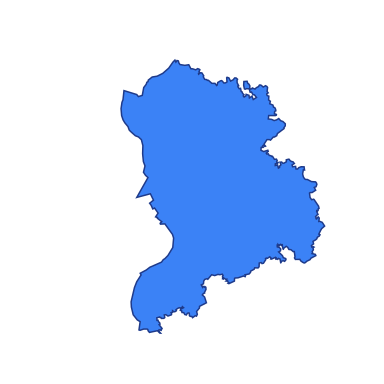 outline of Rajshahi, Rajshahi, Bangladesh, rotated 56°
{"feature_id": "16705992B51815672792645", "entity_name": "Rajshahi", "entity_type": "district", "adm_level": 2, "iso_a3": "BGD", "parent_name": "Bangladesh", "parent_adm1": "Rajshahi", "projection": "mercator", "projection_center": [88.705, 24.415], "detail": "fine", "context": "isolated", "style": "filled", "palette": "blue", "viewbox_px": 384, "rotation_deg": 56, "n_neighbors": 0, "source": "geoboundaries", "source_scale": "gbopen_adm2", "svg_char_len": 5990}
<svg xmlns="http://www.w3.org/2000/svg" viewBox="0 0 384 384"><g transform="rotate(56 192 192)"><path d="M276.7,313.1L277.6,312.4L278.6,308.7L280.5,305.9L281.2,305.5L282.5,306.0L284.6,305.8L287.7,298.2L290.9,297.6L291.4,297.0L288.2,297.3L287.8,296.3L289.4,294.9L288.5,294.3L288.7,293.5L288.4,293.1L283.6,293.5L283.7,292.4L282.1,291.9L280.9,292.3L279.2,291.9L278.8,292.8L276.6,291.5L277.5,288.7L278.2,288.7L278.6,288.0L279.7,288.1L281.0,286.0L280.9,284.8L278.4,283.7L279.1,282.2L281.4,281.3L282.3,277.8L281.7,277.0L280.3,276.8L280.8,275.3L279.6,274.5L281.3,273.9L281.8,272.6L281.7,271.3L280.6,271.1L280.5,269.0L280.8,267.2L281.5,266.8L282.2,264.7L281.7,264.1L283.2,263.7L282.8,266.9L283.6,267.9L284.6,267.0L286.3,267.7L287.4,266.3L289.5,266.5L290.8,265.4L290.0,263.8L290.2,262.7L290.9,262.0L293.1,263.3L294.0,263.1L295.2,261.7L296.5,261.8L296.4,258.5L297.4,257.7L296.4,256.0L293.6,255.0L292.4,250.8L291.0,249.7L291.9,242.0L286.1,240.3L283.1,241.0L282.6,239.6L282.8,238.0L282.3,237.9L280.6,234.9L278.7,233.8L277.6,234.2L277.9,234.9L276.4,235.6L276.9,236.5L274.2,236.3L274.5,233.8L272.3,232.0L271.6,230.3L272.3,228.0L273.2,227.7L271.6,222.0L274.0,219.9L274.8,216.6L276.2,215.1L277.1,212.8L278.6,212.9L278.9,213.8L279.7,214.3L280.2,214.0L281.0,215.2L281.7,214.7L281.0,213.8L283.4,212.8L283.7,212.0L284.5,212.8L284.8,212.5L284.9,213.5L285.9,212.3L287.3,212.5L288.0,212.0L287.9,213.1L288.6,212.7L289.6,206.7L287.4,205.0L287.4,204.4L288.9,201.8L290.5,196.2L291.9,195.3L291.1,194.2L290.3,194.2L291.9,190.5L291.4,188.5L290.4,187.5L290.8,183.7L289.9,182.4L291.9,179.7L291.5,178.2L288.5,176.0L289.2,174.1L290.5,174.0L291.0,172.6L289.3,168.6L288.3,168.3L288.3,167.4L289.2,166.5L289.2,163.8L291.0,163.4L291.5,164.2L292.1,163.6L292.9,159.2L293.7,159.0L294.3,160.0L294.7,160.0L295.1,158.8L295.7,158.6L295.4,157.5L296.8,156.5L300.2,158.0L300.3,157.6L299.3,156.8L300.1,154.7L301.3,154.0L300.7,152.0L299.6,151.5L297.5,153.0L295.3,152.6L290.1,153.7L290.3,151.6L288.9,150.3L286.8,150.6L285.2,152.0L283.7,151.1L284.2,150.5L283.5,150.0L284.6,149.8L284.7,149.3L285.3,149.9L284.8,148.0L285.4,147.7L286.4,146.1L286.3,147.7L287.2,147.3L290.2,148.4L290.5,148.2L290.0,147.7L289.7,144.3L291.4,143.6L293.8,143.8L295.2,142.2L298.1,141.4L298.6,140.5L303.4,142.9L303.9,143.9L305.7,144.0L308.2,140.2L309.8,140.4L312.1,139.6L313.6,138.7L313.9,137.6L313.6,135.4L314.1,132.1L313.4,130.3L314.0,124.9L312.7,124.6L310.2,126.9L309.9,126.0L308.6,125.7L307.8,123.7L305.9,122.9L305.9,121.7L305.1,122.1L304.6,123.5L303.2,123.0L303.0,120.2L300.6,119.3L300.8,116.3L300.6,114.7L299.6,113.4L299.7,111.1L299.0,109.8L297.8,110.4L295.7,106.7L294.9,105.0L294.4,101.1L290.0,101.0L287.6,102.6L287.3,103.3L284.8,101.1L283.2,101.3L284.0,103.8L283.5,104.1L282.8,103.5L281.6,103.4L281.0,101.3L281.1,100.1L277.7,99.5L277.2,99.0L278.0,98.5L277.6,97.5L276.6,97.0L276.6,95.8L274.5,95.0L266.6,95.0L266.0,95.2L265.3,97.1L262.6,97.2L258.6,95.2L258.5,94.5L259.6,92.7L259.7,88.5L256.6,88.1L257.0,86.2L255.5,84.2L254.1,83.8L252.7,83.9L250.1,87.2L246.2,89.3L245.1,90.8L244.0,91.3L241.7,91.2L238.9,90.2L235.9,87.3L236.7,86.4L233.8,85.0L232.1,87.4L231.5,89.8L232.0,91.6L231.1,92.9L228.7,91.8L227.3,94.5L226.7,94.3L225.5,93.9L225.6,91.2L223.4,91.4L222.4,92.4L220.7,93.2L219.3,93.1L218.8,93.6L218.0,95.8L219.7,96.9L219.5,99.7L218.8,100.7L217.3,100.9L216.5,102.4L219.2,103.1L219.5,104.9L220.6,105.7L220.5,107.0L217.6,106.0L216.6,108.2L215.2,107.1L216.2,105.3L215.7,104.2L215.1,105.2L214.2,104.9L213.6,103.8L212.0,103.6L211.0,105.4L207.4,105.3L207.1,106.1L206.1,106.2L204.9,107.5L203.0,107.4L202.5,108.7L201.3,108.7L201.0,106.1L199.8,105.8L198.6,109.9L196.0,111.5L193.8,109.8L194.7,108.2L193.7,108.3L193.2,107.3L195.0,106.0L195.1,105.4L192.7,105.7L190.5,100.5L191.9,98.5L192.9,97.9L191.9,93.9L192.5,93.0L192.7,90.3L191.3,88.5L190.9,80.2L190.2,80.0L189.3,77.7L187.6,76.5L184.4,77.2L182.5,78.6L179.6,79.0L179.5,81.6L178.7,84.0L176.4,85.3L174.1,87.9L171.5,85.7L175.3,80.1L175.5,79.3L175.2,78.8L174.8,78.7L173.2,79.9L171.4,78.4L171.6,77.1L170.1,76.4L168.3,76.2L167.3,77.0L165.2,76.3L162.3,78.2L160.6,76.3L158.5,77.0L155.5,74.7L154.1,75.7L152.8,75.4L152.4,75.1L152.4,73.4L150.6,73.5L147.6,70.9L146.4,70.9L145.0,71.6L144.8,74.3L142.3,74.9L141.2,75.8L141.1,76.6L141.8,77.8L141.5,80.4L141.9,82.2L139.5,83.8L139.9,84.4L139.4,85.9L138.4,86.2L136.4,84.7L134.4,84.5L133.0,85.0L131.0,84.4L129.4,87.2L132.4,89.5L135.8,90.9L136.5,90.5L136.8,89.1L138.4,86.9L141.8,88.0L142.4,86.8L145.4,87.0L146.4,85.9L149.7,85.7L149.6,89.5L146.1,88.7L146.1,91.8L143.7,90.7L141.3,92.5L142.5,93.7L142.4,95.7L141.0,95.8L140.4,94.5L138.6,94.9L136.9,94.5L136.2,95.0L133.2,93.8L132.8,95.1L130.4,95.1L129.8,94.7L130.0,93.9L126.7,93.5L124.7,92.3L124.0,91.2L122.1,91.7L121.3,92.9L122.0,95.2L121.6,98.0L118.0,97.6L116.5,98.8L116.7,99.4L120.3,101.4L120.3,103.1L119.5,104.6L116.8,104.9L116.1,105.3L115.8,106.2L115.6,109.4L117.4,111.3L117.5,112.0L114.8,112.2L113.0,114.8L108.6,115.9L108.0,116.9L107.1,116.9L105.7,118.5L102.8,118.2L102.2,117.3L98.8,117.2L97.9,118.3L98.0,120.6L97.3,120.3L97.4,118.8L96.0,118.8L95.1,117.1L94.5,117.2L92.9,118.3L92.8,120.6L90.2,122.6L89.2,124.0L84.7,123.5L83.0,127.1L79.6,130.7L77.7,130.7L75.7,130.0L74.6,130.9L75.3,132.7L73.1,132.4L73.6,135.0L76.3,142.0L77.3,149.9L76.5,156.1L74.4,160.7L74.8,165.7L75.9,166.7L75.8,168.1L77.1,169.7L78.4,173.6L84.1,179.2L82.9,183.1L80.3,183.3L69.9,191.7L76.9,197.6L78.5,199.9L83.2,204.2L89.3,207.6L93.6,208.8L97.1,209.0L102.0,208.5L105.4,209.4L107.4,209.1L113.7,207.5L116.4,205.6L120.3,204.7L126.1,206.8L132.6,211.5L139.6,215.3L144.1,216.4L148.5,221.2L152.3,221.2L155.4,220.4L165.6,240.8L170.2,227.5L177.2,228.5L177.6,233.4L180.2,233.3L184.1,234.0L184.4,232.0L190.5,231.9L192.3,236.1L193.9,234.9L194.4,235.4L199.7,233.7L200.1,235.9L201.0,236.1L203.3,232.3L216.2,231.9L219.9,233.0L227.3,239.0L231.2,247.5L232.1,251.8L232.0,253.6L233.1,256.5L230.8,269.1L231.1,273.4L230.4,280.4L232.3,280.6L235.5,288.0L239.1,293.2L249.0,303.9L253.5,306.6L260.9,309.4L267.4,308.9L270.5,307.5L276.7,313.1Z" fill="#3b82f6" stroke="#1e3a8a" stroke-width="1.5"/></g></svg>